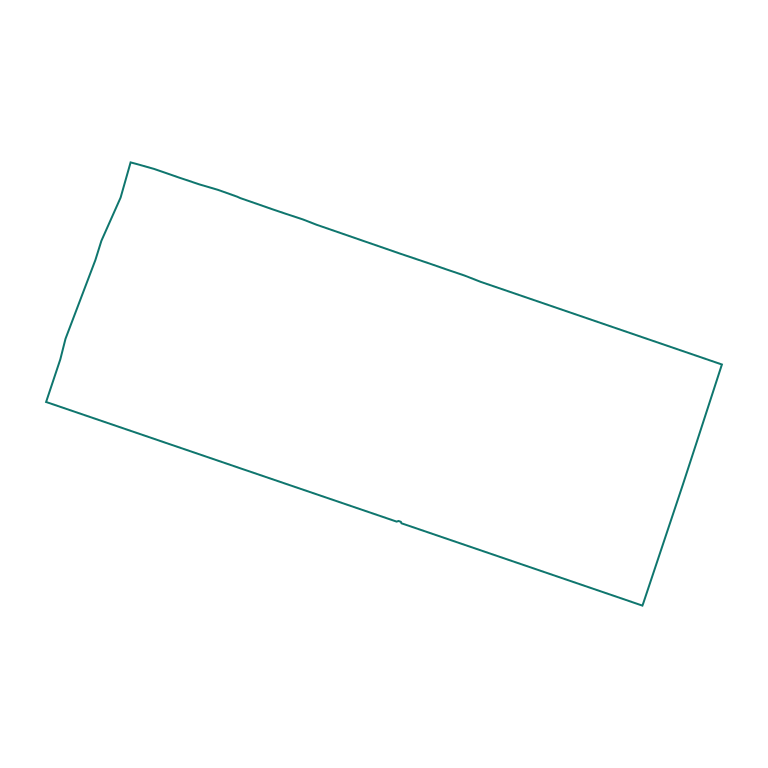 Vadastrita, Olt, Romania
{"feature_id": "2599482B28547583336437", "entity_name": "Vadastrita", "entity_type": "district", "adm_level": 2, "iso_a3": "ROU", "parent_name": "Romania", "parent_adm1": "Olt", "projection": "mercator", "projection_center": [24.238, 43.842], "detail": "fine", "context": "isolated", "style": "outline", "palette": "teal", "viewbox_px": 768, "rotation_deg": 0, "n_neighbors": 0, "source": "geoboundaries", "source_scale": "gbopen_adm2", "svg_char_len": 578}
<svg xmlns="http://www.w3.org/2000/svg" viewBox="0 0 768 768"><path d="M721.9,364.5L480.8,281.9L464.4,275.5L445.8,269.2L427.9,263.0L400.3,253.7L316.7,224.8L302.8,219.4L285.5,213.7L272.2,209.2L240.3,198.1L237.2,196.7L217.8,189.8L199.4,184.4L179.1,177.6L166.2,173.1L160.1,171.0L154.0,168.9L135.9,163.8L130.6,162.4L120.6,197.6L111.0,219.2L101.4,240.8L95.4,260.0L65.5,338.8L60.3,359.4L53.2,380.7L46.1,402.0L240.0,468.2L396.6,521.6L398.5,521.0L400.8,521.8L401.5,523.3L642.4,605.6L643.3,603.2L682.9,484.5L696.4,443.1L721.9,364.5Z" fill="none" stroke="#0f766e" stroke-width="2"/></svg>